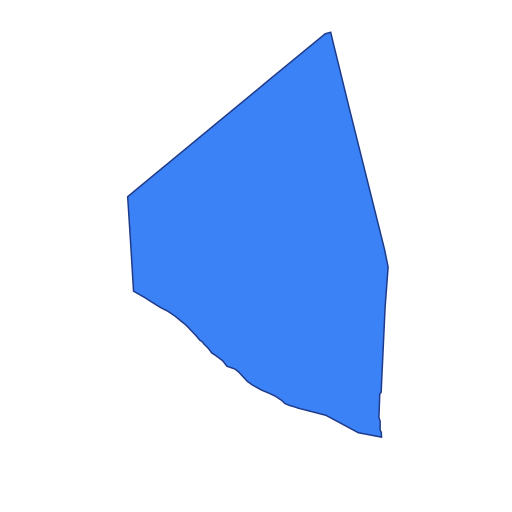 outline of Mubark-Sharq Tafrea, Bur Sa`id, Egypt, rotated 168°
{"feature_id": "37247803B27460825727162", "entity_name": "Mubark-Sharq Tafrea", "entity_type": "district", "adm_level": 2, "iso_a3": "EGY", "parent_name": "Egypt", "parent_adm1": "Bur Sa`id", "projection": "orthographic", "projection_center": [32.444, 31.075], "detail": "fine", "context": "isolated", "style": "filled", "palette": "blue", "viewbox_px": 512, "rotation_deg": 168, "n_neighbors": 0, "source": "geoboundaries", "source_scale": "gbopen_adm2", "svg_char_len": 905}
<svg xmlns="http://www.w3.org/2000/svg" viewBox="0 0 512 512"><g transform="rotate(168 256 256)"><path d="M383.1,247.1L382.8,246.8L373.5,238.5L369.3,234.3L363.6,228.8L358.9,224.4L354.3,220.8L350.9,217.4L347.5,213.8L344.8,210.4L342.0,206.8L339.0,203.2L331.3,190.7L328.5,185.4L326.2,183.0L325.0,180.3L323.0,177.5L321.0,173.9L319.5,170.4L315.7,166.6L310.4,160.5L307.3,154.1L300.3,150.0L297.1,146.2L290.6,135.2L286.3,130.5L278.5,123.7L271.8,119.1L266.2,114.8L260.8,109.3L258.4,105.7L254.4,102.9L249.1,100.1L246.4,98.4L220.7,85.6L192.6,61.8L170.9,52.7L170.1,57.5L170.8,59.9L168.9,68.8L169.4,72.2L163.7,95.1L161.9,96.8L140.3,179.3L129.1,217.6L128.9,235.4L134.1,382.5L135.5,427.5L136.2,449.7L136.4,459.3L142.1,459.0L202.7,427.6L212.7,422.4L212.9,422.2L266.3,394.4L325.9,363.3L329.0,361.7L351.5,350.0L357.4,346.9L369.2,340.7L377.3,285.6L383.1,247.1Z" fill="#3b82f6" stroke="#1e3a8a" stroke-width="1.5"/></g></svg>